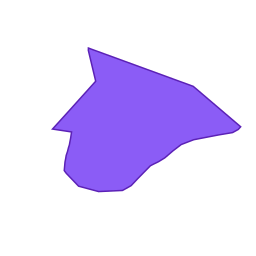 outline of Presidente Médici, Maranhão, Brazil, rotated 222°
{"feature_id": "56859067B54906018261321", "entity_name": "Presidente Médici", "entity_type": "district", "adm_level": 2, "iso_a3": "BRA", "parent_name": "Brazil", "parent_adm1": "Maranhão", "projection": "mercator", "projection_center": [-45.779, -2.308], "detail": "fine", "context": "isolated", "style": "filled", "palette": "violet", "viewbox_px": 256, "rotation_deg": 222, "n_neighbors": 0, "source": "geoboundaries", "source_scale": "gbopen_adm2", "svg_char_len": 625}
<svg xmlns="http://www.w3.org/2000/svg" viewBox="0 0 256 256"><g transform="rotate(222 128 128)"><path d="M143.5,53.0L125.8,51.7L107.3,61.1L90.3,77.9L87.8,85.2L87.1,87.3L86.9,96.6L86.1,114.9L84.8,118.4L83.6,121.3L82.8,123.3L81.7,127.0L80.7,130.4L79.3,141.1L77.4,151.3L71.3,163.3L61.4,176.4L56.1,183.4L47.2,194.6L45.1,200.7L45.1,204.3L107.4,202.6L210.9,160.9L209.5,159.2L185.1,142.4L183.3,141.1L183.3,117.0L183.3,113.0L183.3,97.9L183.4,76.7L167.3,87.3L163.8,82.0L161.8,78.7L160.2,76.1L159.2,73.8L157.2,70.0L155.6,66.3L154.0,63.8L152.0,60.5L146.9,53.7L143.5,53.0Z" fill="#8b5cf6" stroke="#5b21b6" stroke-width="1.5"/></g></svg>